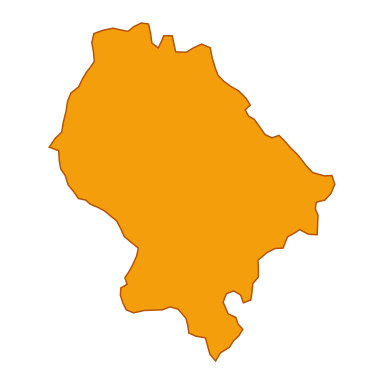 the district of Pedro Teixeira, Minas Gerais, Brazil
{"feature_id": "56859067B10372811020513", "entity_name": "Pedro Teixeira", "entity_type": "district", "adm_level": 2, "iso_a3": "BRA", "parent_name": "Brazil", "parent_adm1": "Minas Gerais", "projection": "albers", "projection_center": [-43.727, -21.732], "detail": "fine", "context": "isolated", "style": "filled", "palette": "amber", "viewbox_px": 384, "rotation_deg": 0, "n_neighbors": 0, "source": "geoboundaries", "source_scale": "gbopen_adm2", "svg_char_len": 1655}
<svg xmlns="http://www.w3.org/2000/svg" viewBox="0 0 384 384"><path d="M49.2,147.2L58.7,150.7L59.3,160.5L60.7,168.9L65.2,175.5L68.2,185.0L73.9,191.9L78.4,198.5L85.5,200.0L90.5,204.3L97.7,207.3L104.4,210.8L109.9,215.4L116.9,221.2L120.8,228.8L124.2,236.4L131.6,242.7L138.3,248.1L136.6,256.2L132.3,265.6L128.6,272.3L124.9,277.7L127.1,284.3L120.8,287.9L120.4,295.3L123.0,303.2L126.2,309.8L133.6,312.8L144.2,310.5L153.7,310.1L162.5,309.8L169.9,306.9L178.1,309.1L186.1,318.5L187.8,325.6L188.9,333.1L195.6,336.1L205.5,337.9L207.8,346.6L209.9,354.3L215.6,361.0L220.3,352.9L229.4,347.3L233.5,340.8L238.9,335.7L242.8,329.4L238.0,324.0L235.9,317.5L228.1,313.8L223.1,302.1L226.4,293.7L233.7,290.9L240.7,295.1L243.4,302.8L250.8,300.0L252.1,291.2L252.8,283.5L258.3,277.2L258.4,269.3L258.0,260.2L267.1,252.5L275.0,248.5L283.0,248.1L287.5,236.9L294.3,233.2L299.7,229.6L308.5,234.3L317.2,234.7L317.6,223.8L318.0,215.4L315.3,208.7L316.3,202.2L324.8,200.1L330.9,193.5L334.8,184.3L331.9,175.5L324.4,175.9L312.7,172.6L306.2,165.8L301.4,159.5L296.9,154.0L290.9,148.2L284.1,140.5L279.0,135.4L271.9,137.9L265.1,134.6L259.7,127.0L254.3,119.4L248.5,116.0L245.2,109.9L250.2,105.1L246.2,98.5L238.7,90.9L230.5,86.2L223.8,81.3L218.1,75.5L215.3,68.2L212.3,58.4L210.2,47.8L201.5,44.1L193.5,47.8L186.5,52.2L175.7,51.9L173.8,43.4L172.3,35.8L163.8,35.7L161.3,41.7L158.3,47.9L151.9,43.1L150.6,33.6L148.5,24.0L141.3,23.0L133.9,26.6L127.9,31.4L120.7,29.9L112.9,28.2L102.8,30.3L93.9,33.6L91.8,42.7L93.3,50.5L94.3,61.3L90.5,67.1L86.5,72.2L82.7,78.5L78.6,86.9L70.9,93.0L67.5,101.4L66.1,111.1L63.4,121.9L61.7,132.1L55.0,138.6L49.2,147.2Z" fill="#f59e0b" stroke="#b45309" stroke-width="1.5"/></svg>